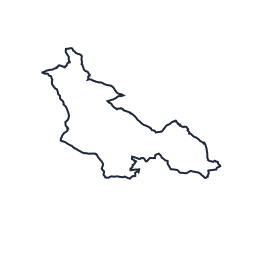 Sovarna, Mehedinti, Romania (orthographic projection), rotated 21°
{"feature_id": "2599482B60135611715563", "entity_name": "Sovarna", "entity_type": "district", "adm_level": 2, "iso_a3": "ROU", "parent_name": "Romania", "parent_adm1": "Mehedinti", "projection": "orthographic", "projection_center": [22.8, 44.85], "detail": "fine", "context": "isolated", "style": "outline", "palette": "slate", "viewbox_px": 256, "rotation_deg": 21, "n_neighbors": 0, "source": "geoboundaries", "source_scale": "gbopen_adm2", "svg_char_len": 5849}
<svg xmlns="http://www.w3.org/2000/svg" viewBox="0 0 256 256"><g transform="rotate(21 128 128)"><path d="M152.0,170.1L150.7,167.3L152.0,165.5L153.1,165.1L153.6,165.4L153.2,162.6L151.3,163.6L150.3,163.9L149.1,164.5L146.8,165.9L145.4,166.5L145.1,165.9L145.1,165.5L144.9,165.0L145.7,164.5L145.7,163.7L146.2,162.6L145.6,160.8L146.4,160.3L146.6,159.4L147.0,158.4L147.0,157.4L147.3,157.0L147.5,156.3L146.9,156.1L145.8,156.4L145.3,156.3L144.8,155.7L142.8,155.6L142.1,153.3L144.2,153.0L149.3,152.9L150.5,152.5L151.0,151.4L152.9,150.6L153.8,150.7L154.8,151.3L156.5,152.7L157.5,152.3L157.8,151.9L159.0,148.3L164.0,146.4L163.2,143.9L163.7,142.8L166.0,140.9L168.3,141.9L169.0,142.4L170.4,143.7L172.0,143.9L173.3,144.5L174.4,144.8L175.0,144.7L175.6,144.8L176.8,144.6L177.1,145.0L177.6,147.0L179.0,148.2L179.7,148.6L181.3,150.0L182.9,151.2L183.3,151.0L185.4,150.3L186.7,150.1L189.0,149.6L190.4,149.9L191.0,150.4L192.0,151.0L192.6,151.1L194.3,150.5L198.0,149.6L199.0,149.0L201.8,145.6L204.4,145.4L205.3,145.2L205.9,144.9L207.8,144.8L209.4,144.3L211.9,144.7L214.0,145.7L216.1,146.2L216.5,146.7L217.0,146.8L217.6,147.0L218.6,146.6L219.0,146.3L219.1,145.4L219.8,144.9L219.4,144.5L219.6,144.0L219.6,142.9L219.5,142.5L219.6,141.4L219.2,140.5L218.3,139.3L218.2,138.9L225.3,135.1L225.2,133.9L225.3,133.3L225.9,132.5L227.3,131.3L227.8,130.5L227.3,129.9L226.0,129.6L225.2,129.2L224.6,128.6L224.2,127.6L223.7,127.4L222.7,127.6L222.2,127.9L221.4,127.5L220.6,127.5L219.5,129.2L218.1,129.2L216.4,129.5L215.3,129.5L214.3,129.3L213.7,128.3L212.9,127.6L211.2,123.5L208.8,119.3L208.7,119.0L206.1,115.7L204.6,114.5L204.2,114.9L204.7,115.4L204.4,115.5L203.8,115.1L203.6,114.6L203.3,114.7L201.2,114.4L199.8,114.3L198.8,113.5L195.2,112.5L192.5,112.5L188.8,111.0L187.0,111.3L186.9,110.0L184.4,108.9L184.6,107.6L182.0,106.0L180.2,106.5L179.8,107.2L179.2,107.1L178.4,107.3L178.1,107.3L177.6,107.4L176.4,107.0L175.6,107.3L175.3,106.9L174.5,106.6L174.8,106.1L173.0,106.2L172.4,105.3L171.2,105.2L170.6,104.5L170.4,104.1L169.9,104.0L169.2,104.9L168.7,105.0L168.3,105.7L167.7,105.9L166.6,107.3L166.0,108.3L165.8,109.0L165.3,109.6L165.0,109.8L164.5,110.5L163.7,111.0L162.6,112.9L162.1,115.5L161.7,115.8L161.6,116.7L161.0,118.6L160.6,119.4L159.8,119.7L159.3,120.2L157.9,120.8L155.5,122.2L154.1,121.1L153.1,121.0L152.0,121.3L151.0,121.4L150.0,120.8L149.6,120.1L148.7,120.1L147.1,119.5L144.5,119.5L143.8,119.3L142.1,119.5L139.3,118.9L136.4,117.6L135.1,117.3L134.3,117.0L130.3,114.6L129.1,114.3L128.0,113.8L127.1,113.6L126.5,113.3L125.1,113.6L124.5,113.1L124.5,112.9L123.8,113.0L122.8,112.8L119.5,113.0L117.7,113.0L117.0,112.8L116.9,112.4L115.9,112.2L115.2,112.3L115.0,112.1L114.6,112.3L114.5,112.0L114.3,112.0L112.9,113.0L111.2,113.8L111.1,114.0L111.1,114.4L110.8,114.5L110.5,114.5L110.2,114.2L109.2,113.9L107.7,113.8L105.1,112.5L104.2,111.6L103.7,111.4L102.9,111.2L102.3,111.1L101.9,111.2L101.0,111.0L99.3,110.2L101.6,108.5L102.5,107.6L103.9,106.8L105.2,105.1L106.4,104.1L106.5,103.8L106.6,103.1L107.1,102.3L108.3,101.4L110.0,100.7L111.1,100.0L112.0,99.2L109.4,98.9L107.9,99.4L106.8,99.3L104.9,98.9L104.1,98.5L103.5,98.0L102.3,97.4L101.8,96.9L100.3,95.7L98.3,94.9L96.8,94.6L93.0,95.4L90.1,95.5L88.1,95.1L85.7,95.3L85.2,95.7L84.7,95.8L82.9,96.0L81.5,96.3L80.5,96.1L78.8,96.4L78.6,96.2L78.2,96.1L77.6,96.2L76.3,96.0L74.1,96.5L73.2,97.3L73.3,95.9L73.3,95.7L72.4,94.6L72.4,94.4L72.7,94.2L72.9,93.4L73.4,93.0L73.1,91.9L72.5,91.8L70.8,90.5L70.3,90.1L69.6,90.0L67.8,90.1L65.9,89.2L65.7,89.0L63.0,85.6L61.7,85.0L61.8,84.2L61.4,82.9L60.3,81.1L59.8,80.2L59.3,77.8L58.8,77.2L57.9,76.8L56.7,76.5L56.2,76.5L55.0,76.8L53.7,76.6L52.4,76.7L51.5,76.1L50.2,75.5L49.1,75.4L48.5,74.6L47.0,73.7L46.8,73.7L45.3,74.3L44.4,75.1L41.7,76.4L42.0,77.1L42.2,78.5L42.8,79.5L44.2,80.6L44.8,81.0L45.6,81.8L46.9,82.5L47.1,82.6L48.0,85.0L48.9,86.3L49.3,86.7L49.6,86.8L49.9,87.1L49.3,87.5L49.7,87.9L48.6,88.7L48.3,89.2L48.2,90.9L48.3,91.6L48.2,92.3L47.5,92.7L47.3,93.6L47.2,94.2L46.8,94.3L46.0,93.8L44.5,94.0L42.9,93.9L42.3,94.2L41.7,94.0L41.0,94.4L40.7,94.7L40.4,96.2L39.9,96.7L40.0,97.1L39.5,97.2L39.6,97.6L39.5,97.9L38.2,98.7L36.2,100.9L35.1,101.2L31.3,103.7L30.4,104.8L30.0,105.2L29.8,105.5L28.5,106.4L28.2,106.7L28.2,107.0L30.4,107.1L31.0,107.1L31.4,106.8L33.3,106.2L34.1,106.3L35.3,107.3L35.8,107.4L37.4,107.3L37.9,107.5L38.8,109.0L40.2,110.2L40.2,111.9L40.6,112.4L41.3,114.2L43.0,115.3L43.2,115.5L43.3,115.8L43.8,116.1L45.1,116.6L45.5,117.1L45.9,117.3L47.6,117.3L47.9,117.5L49.7,119.7L50.5,121.2L50.9,121.5L52.8,122.3L53.1,122.5L53.7,123.9L53.8,124.4L54.2,124.9L54.9,125.5L55.9,125.6L56.7,126.0L57.1,126.0L57.6,126.3L58.9,127.7L59.3,128.5L59.2,128.9L60.4,129.6L61.2,129.8L63.0,130.9L64.9,132.9L66.1,134.5L66.7,135.0L68.5,137.6L68.7,138.4L68.7,139.3L69.0,140.1L69.0,140.9L68.7,142.6L68.2,143.2L67.9,144.4L67.4,144.7L67.4,144.9L68.7,147.7L69.8,148.6L71.1,149.0L71.2,149.4L72.1,149.7L72.3,150.0L71.6,150.3L72.4,151.9L72.1,152.8L71.3,154.2L70.3,155.3L69.6,157.2L69.3,159.2L69.4,160.5L69.2,161.2L69.1,161.7L69.7,163.8L70.9,164.0L71.8,163.7L72.8,163.8L74.4,163.7L78.4,164.6L82.1,164.9L82.9,165.2L83.5,165.6L84.5,165.7L85.3,166.2L86.1,166.0L87.8,166.2L88.7,166.6L91.5,166.8L92.5,167.1L94.4,167.2L94.6,167.3L95.4,167.2L95.8,167.3L96.0,167.2L96.9,167.0L97.1,166.7L97.7,166.6L98.9,166.3L100.0,166.3L101.2,165.7L101.7,165.7L102.7,165.1L103.5,164.9L104.1,164.5L106.7,163.7L107.0,164.0L107.8,163.8L108.2,164.2L108.4,164.1L110.2,165.7L111.8,166.7L115.3,168.6L117.1,170.0L117.9,171.1L118.0,173.1L117.9,173.8L118.0,174.5L118.2,175.0L118.1,175.6L121.3,177.2L121.7,178.9L121.8,180.3L122.1,180.7L124.0,181.5L124.1,181.8L124.5,182.3L125.5,182.1L127.6,181.4L129.0,179.7L129.9,179.1L131.2,178.8L131.5,178.6L132.6,178.4L135.2,177.0L136.7,176.7L138.0,176.6L138.9,176.2L140.5,175.9L141.5,175.5L142.3,174.5L145.6,174.7L147.9,174.6L149.0,172.2L149.6,171.3L150.1,171.0L151.0,170.8L152.0,170.1Z" fill="none" stroke="#1e293b" stroke-width="2"/></g></svg>